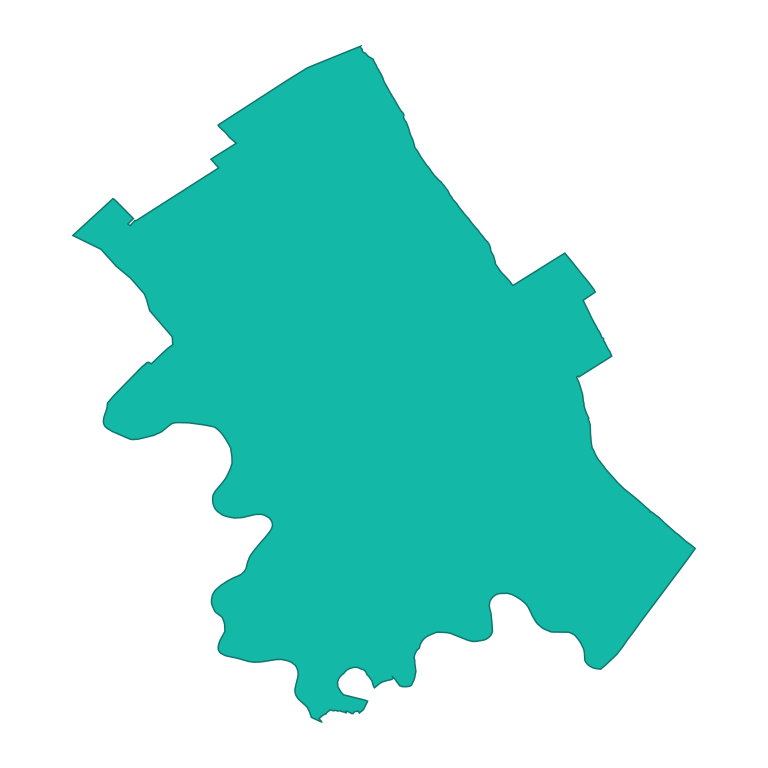 the district of Candesti, Botosani, Romania
{"feature_id": "2599482B64349718392077", "entity_name": "Candesti", "entity_type": "district", "adm_level": 2, "iso_a3": "ROU", "parent_name": "Romania", "parent_adm1": "Botosani", "projection": "robinson", "projection_center": [26.21, 47.926], "detail": "fine", "context": "isolated", "style": "filled", "palette": "teal", "viewbox_px": 768, "rotation_deg": 0, "n_neighbors": 0, "source": "geoboundaries", "source_scale": "gbopen_adm2", "svg_char_len": 6091}
<svg xmlns="http://www.w3.org/2000/svg" viewBox="0 0 768 768"><path d="M600.6,669.2L605.2,665.4L616.7,654.5L622.7,646.8L627.6,639.6L634.3,630.8L639.8,623.0L677.2,573.1L690.0,555.9L695.2,548.5L691.3,545.2L685.5,541.0L679.2,535.3L675.4,532.5L664.1,522.5L659.4,517.9L650.7,511.4L650.1,511.8L650.1,511.3L649.7,510.6L648.4,509.3L645.8,507.2L642.3,503.9L634.9,497.5L624.1,488.9L618.0,483.0L605.9,469.4L599.6,461.0L598.7,460.1L597.8,458.8L595.6,454.9L593.4,449.9L592.2,447.8L591.9,446.7L591.1,441.5L590.9,438.0L590.5,434.3L590.3,426.4L590.2,425.0L589.2,421.3L588.2,419.2L588.8,418.5L586.4,412.9L585.2,409.8L584.0,405.7L583.9,403.0L583.2,400.7L583.1,398.3L582.5,394.1L579.6,384.5L578.6,381.6L577.3,379.2L576.6,376.8L578.2,376.0L578.9,376.9L611.7,356.2L610.0,351.8L607.7,348.4L604.7,342.1L603.4,340.2L603.6,339.3L603.5,338.4L602.0,337.5L601.6,336.9L600.5,334.0L598.6,330.4L598.0,330.0L596.3,326.4L594.3,323.0L590.8,316.3L589.5,313.3L583.1,300.3L595.3,292.1L593.7,289.1L587.6,281.1L582.3,274.8L572.1,261.9L564.8,253.1L512.9,285.5L512.2,284.8L509.8,281.4L506.0,277.2L501.5,272.6L496.0,264.8L495.4,263.6L495.0,261.1L493.4,255.7L491.0,251.3L490.7,250.5L490.5,248.1L489.6,245.2L488.8,243.6L487.5,241.8L485.5,239.9L483.7,237.7L482.9,236.4L479.7,232.7L478.8,231.2L477.2,229.2L476.3,228.5L471.3,222.4L468.7,218.8L464.4,214.0L462.7,211.6L459.5,207.8L456.6,203.5L452.7,199.2L451.9,197.5L449.8,194.7L447.9,190.7L445.5,187.7L444.2,185.7L442.9,184.4L441.2,182.1L438.3,179.6L434.0,175.0L431.2,171.2L430.2,169.4L426.7,165.3L422.3,159.0L420.6,156.5L417.3,150.7L414.8,147.5L414.3,144.9L413.1,140.9L412.2,138.4L410.4,134.5L408.4,127.7L406.4,122.4L404.8,120.2L403.7,117.8L403.5,117.1L403.9,115.1L403.6,113.9L402.6,112.5L401.2,111.1L398.9,107.5L393.8,98.5L392.7,96.9L389.1,90.7L387.4,87.5L384.2,82.0L382.9,78.1L381.2,74.4L380.1,72.6L378.4,69.5L377.0,67.5L376.4,65.6L373.7,60.9L373.5,59.7L372.3,58.7L368.5,56.5L366.8,54.9L365.5,53.3L363.3,52.2L362.6,51.5L362.2,51.0L362.2,49.3L360.5,47.5L360.5,46.8L360.8,46.1L314.7,64.8L308.7,67.3L305.8,68.8L287.1,80.4L218.1,125.0L219.1,126.7L225.9,133.0L229.3,137.2L236.2,143.3L210.9,159.2L218.7,167.9L135.9,220.8L135.1,220.4L130.1,225.7L127.9,224.0L133.4,218.6L114.9,199.9L113.0,198.6L72.8,235.5L101.0,249.3L116.3,266.3L130.6,278.2L144.4,294.0L146.5,299.3L149.7,310.7L172.2,336.8L172.8,344.6L168.0,348.2L163.3,352.4L151.4,363.8L148.7,362.3L147.0,362.5L143.9,365.3L142.4,366.4L113.8,395.6L107.5,403.0L107.1,407.3L106.6,409.3L104.3,416.0L103.6,418.7L103.4,421.9L103.6,423.5L104.6,425.7L105.2,426.6L107.3,428.5L112.6,431.6L128.0,438.3L130.0,439.1L132.5,439.6L138.5,439.1L153.9,435.3L159.7,432.7L161.8,431.6L170.2,424.7L171.6,423.8L173.0,423.2L175.5,422.7L177.7,422.6L188.2,422.8L191.7,423.2L204.6,425.0L212.8,426.6L214.7,427.2L215.9,428.0L219.1,430.7L222.0,433.8L225.6,439.0L227.7,442.5L230.1,446.9L230.6,448.0L231.9,456.5L232.1,463.0L230.5,468.4L228.4,473.0L226.6,476.6L225.1,479.1L222.6,482.4L215.9,490.4L214.4,492.5L213.1,495.2L212.7,497.3L212.8,502.4L213.3,504.7L214.8,508.3L216.6,510.6L218.1,511.9L222.1,514.8L224.5,515.8L227.1,516.6L234.1,518.0L240.4,517.7L243.0,517.4L255.1,514.5L260.0,514.3L262.0,514.5L263.5,514.9L265.6,515.8L269.2,517.9L270.7,519.7L272.2,522.7L272.4,524.1L272.4,525.4L272.2,526.9L271.8,527.9L270.5,530.6L266.6,535.7L260.6,542.6L254.1,550.4L250.9,554.8L249.5,557.2L247.6,562.1L246.1,568.5L245.7,569.3L244.3,571.5L241.3,574.3L237.1,576.4L234.2,577.5L227.8,580.8L221.2,585.1L216.1,589.5L214.8,590.9L212.9,594.1L212.4,595.4L211.8,597.8L211.4,601.5L211.8,604.2L212.6,606.6L213.7,609.0L215.2,611.8L216.3,612.8L221.4,616.6L222.2,617.5L222.8,618.7L224.2,622.5L224.6,624.2L224.9,631.4L220.2,640.1L219.4,642.1L218.2,646.4L218.2,648.3L218.3,649.5L219.4,651.8L220.4,652.9L223.6,654.8L225.9,655.8L237.6,658.3L248.4,661.4L251.3,661.9L254.9,662.2L259.3,662.0L262.6,661.7L275.7,659.6L280.9,659.4L282.3,659.6L288.2,660.9L290.0,661.6L291.7,662.5L294.8,664.9L295.9,666.1L296.8,667.9L298.0,671.2L298.1,674.5L297.9,676.9L295.9,684.8L294.9,689.4L295.0,692.3L295.6,694.3L296.2,695.8L297.6,698.0L298.9,699.6L306.8,706.7L308.0,708.7L309.5,711.9L311.4,717.4L320.3,721.5L321.6,721.9L321.4,721.2L320.8,720.7L319.4,719.0L319.1,718.5L319.3,718.3L321.0,716.9L322.8,715.2L326.0,713.9L326.5,712.9L330.4,709.7L330.8,709.7L332.1,710.5L333.2,710.8L334.3,710.7L335.7,710.3L337.6,711.1L338.8,710.9L340.6,711.0L342.5,711.8L344.6,712.1L345.8,712.9L346.2,712.8L346.3,712.5L346.0,711.3L346.9,711.3L348.5,711.8L352.0,713.7L353.0,713.6L354.2,712.1L355.0,711.6L358.0,711.1L358.5,711.5L359.3,713.0L363.3,709.8L367.1,702.4L367.6,701.2L365.7,700.3L343.5,694.8L340.9,692.0L337.8,686.5L337.5,682.2L338.8,678.4L339.5,677.4L342.4,674.4L343.7,673.5L345.6,671.2L347.0,669.9L350.3,668.3L353.6,667.4L356.0,667.2L358.0,667.6L360.8,668.9L363.9,670.0L364.5,670.4L365.9,672.1L366.2,672.5L366.9,674.5L368.7,676.3L371.2,679.7L372.4,682.0L372.7,683.9L373.8,686.8L374.4,687.8L375.4,687.1L379.1,683.9L382.0,682.1L387.0,680.5L390.5,679.8L392.1,679.2L392.9,678.3L392.6,676.8L393.2,677.2L395.6,680.0L397.3,682.6L398.8,684.4L399.6,685.7L402.3,686.6L405.3,686.8L408.9,686.4L410.4,685.9L411.4,685.3L414.0,680.0L415.0,676.3L415.3,674.2L415.9,671.6L414.8,663.1L414.8,660.9L414.2,658.0L414.2,657.2L414.6,655.2L414.8,654.4L416.8,650.4L417.4,649.8L418.9,648.6L419.3,648.1L420.1,645.0L420.9,643.0L422.2,641.0L423.8,639.0L425.7,637.3L427.8,636.0L430.9,634.6L436.3,632.3L439.3,632.2L446.9,632.6L450.4,633.3L467.7,640.2L470.6,641.0L472.9,641.5L476.0,641.4L482.7,640.3L484.7,639.8L486.5,639.0L488.8,637.4L490.1,636.1L491.0,635.0L491.8,633.5L492.5,631.1L491.9,622.5L491.0,613.4L489.7,608.5L489.3,605.7L489.7,602.2L490.1,601.1L491.2,599.0L492.9,597.0L495.0,595.3L497.2,594.1L500.1,593.5L507.3,593.3L511.6,594.4L515.9,596.5L520.8,599.6L525.1,603.2L526.6,604.9L528.2,607.2L530.6,612.0L532.4,615.9L534.0,618.8L535.7,621.5L537.6,624.0L542.5,628.1L545.2,629.5L550.8,631.8L551.8,632.0L568.6,632.2L571.6,633.3L574.3,634.9L575.6,636.1L578.4,639.4L580.9,643.3L583.3,648.3L584.0,650.3L584.4,653.0L584.8,659.8L585.2,661.2L586.4,663.0L588.2,665.0L590.1,666.3L592.6,667.7L595.9,668.6L600.6,669.2Z" fill="#14b8a6" stroke="#0f766e" stroke-width="1.5"/></svg>